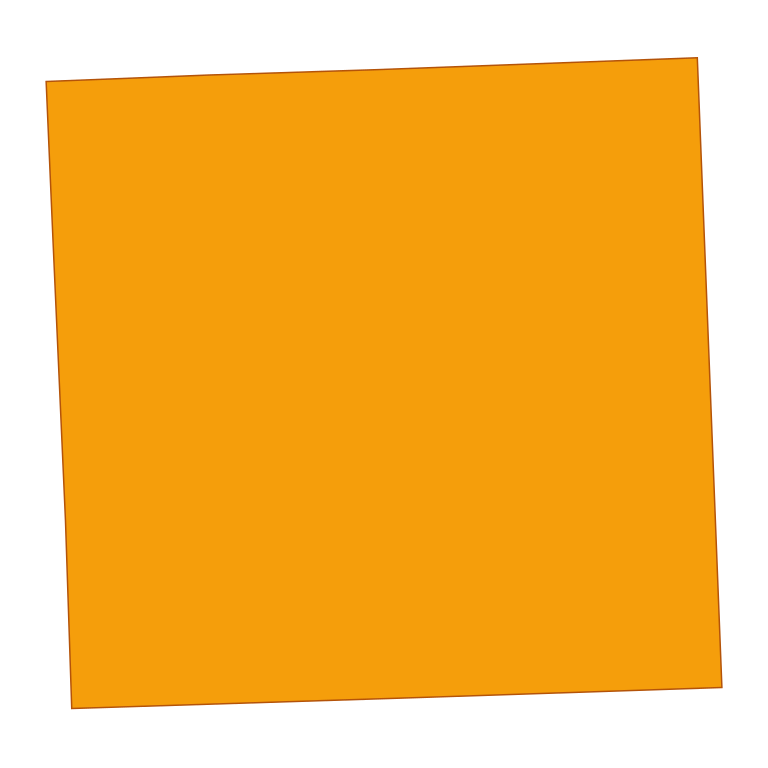 outline of Eaton, Michigan, United States of America, rotated 178°
{"feature_id": "52423323B43164712790124", "entity_name": "Eaton", "entity_type": "district", "adm_level": 2, "iso_a3": "USA", "parent_name": "United States of America", "parent_adm1": "Michigan", "projection": "equal_earth", "projection_center": [-84.755, 42.596], "detail": "fine", "context": "isolated", "style": "filled", "palette": "amber", "viewbox_px": 768, "rotation_deg": 178, "n_neighbors": 0, "source": "geoboundaries", "source_scale": "gbopen_adm2", "svg_char_len": 285}
<svg xmlns="http://www.w3.org/2000/svg" viewBox="0 0 768 768"><g transform="rotate(178 384 384)"><path d="M707.4,70.6L384.1,69.5L56.9,68.9L59.5,699.1L385.4,698.4L547.8,698.9L711.1,698.1L709.8,540.1L707.1,258.5L707.4,70.6Z" fill="#f59e0b" stroke="#b45309" stroke-width="1.5"/></g></svg>